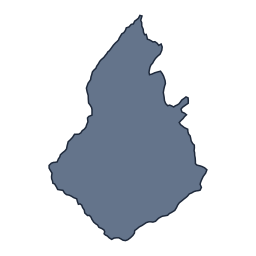 Nova Granada, São Paulo, Brazil (Equal Earth projection)
{"feature_id": "56859067B55961897513084", "entity_name": "Nova Granada", "entity_type": "district", "adm_level": 2, "iso_a3": "BRA", "parent_name": "Brazil", "parent_adm1": "São Paulo", "projection": "equal_earth", "projection_center": [-49.322, -20.455], "detail": "fine", "context": "isolated", "style": "filled", "palette": "slate", "viewbox_px": 256, "rotation_deg": 0, "n_neighbors": 0, "source": "geoboundaries", "source_scale": "gbopen_adm2", "svg_char_len": 2984}
<svg xmlns="http://www.w3.org/2000/svg" viewBox="0 0 256 256"><path d="M191.2,141.0L190.6,137.9L190.1,135.8L188.7,134.3L187.9,131.8L187.7,129.2L186.0,128.4L184.2,127.5L182.2,125.9L180.5,124.6L179.2,122.5L180.8,120.7L183.1,118.5L184.6,116.5L186.5,114.8L184.6,113.2L181.9,112.0L181.0,109.1L182.5,107.3L184.3,106.0L186.4,104.5L188.2,103.3L188.3,100.7L188.1,97.9L186.0,96.9L184.2,98.3L181.8,100.0L180.4,102.0L178.9,103.9L177.1,105.0L175.3,105.8L173.7,107.0L171.6,105.9L169.7,105.1L167.7,105.7L165.7,103.6L164.5,100.7L164.1,97.1L163.3,92.5L163.8,89.4L164.5,86.4L165.4,83.6L165.1,80.7L164.3,78.3L163.6,76.2L162.3,73.7L160.5,71.2L158.5,71.7L155.0,72.7L151.6,74.2L149.5,74.7L149.0,72.3L149.4,69.9L149.9,67.5L150.8,65.2L152.7,63.0L153.8,60.9L155.5,58.4L157.6,56.2L160.1,54.1L161.8,50.2L162.2,47.0L161.1,44.0L158.8,45.4L157.1,43.2L154.9,41.7L152.9,41.9L151.0,40.7L149.1,39.7L147.4,39.2L147.0,37.2L146.2,34.4L144.6,34.7L143.5,32.3L143.2,29.3L141.8,26.1L141.7,22.6L140.7,20.3L142.0,16.0L139.9,15.4L138.4,18.3L136.4,19.9L134.7,21.1L133.4,23.9L131.2,24.4L128.9,27.0L126.3,27.8L125.4,30.4L123.8,32.7L121.8,33.8L120.4,36.2L119.2,38.2L118.5,40.0L116.9,41.7L115.6,42.8L113.4,45.2L110.9,48.7L109.4,50.7L107.8,51.9L106.8,53.7L105.5,55.2L103.9,57.4L101.2,59.7L99.7,61.4L98.4,63.8L96.7,66.2L95.9,68.3L93.7,70.3L92.4,72.0L91.7,74.8L91.0,76.9L90.6,79.7L88.1,83.2L86.4,88.1L87.1,91.7L88.2,95.5L88.3,99.1L88.6,103.0L90.1,105.0L91.6,107.6L92.0,109.7L92.0,115.1L88.7,116.5L87.5,118.0L87.9,121.9L86.7,124.7L85.9,127.2L84.4,129.1L82.2,130.7L80.8,132.9L78.7,134.2L74.5,134.3L72.6,137.3L69.9,140.2L68.2,141.7L67.2,145.5L66.5,149.0L64.8,151.0L62.4,152.9L60.4,154.8L59.7,157.1L58.4,158.9L57.2,161.9L55.2,162.3L53.5,162.4L51.3,163.2L49.1,165.4L49.1,168.1L50.3,170.3L52.0,173.1L51.5,176.8L51.7,178.9L52.5,180.9L52.9,183.3L54.6,183.9L56.4,186.9L57.7,189.5L60.5,190.0L62.9,190.3L64.5,193.0L66.4,194.6L69.3,195.2L71.6,196.3L73.6,197.6L76.7,198.8L77.4,201.5L78.4,204.3L80.1,203.9L81.7,205.1L82.6,207.6L84.2,209.9L84.8,213.0L87.5,215.5L89.4,215.4L91.0,217.2L91.9,219.3L93.7,222.1L95.7,223.8L97.6,225.0L98.9,227.3L101.7,228.5L103.9,229.9L104.7,231.7L104.1,233.8L105.4,235.0L107.4,236.0L109.2,237.8L111.7,239.4L114.0,238.1L116.5,237.8L118.8,237.8L120.5,238.7L123.0,240.2L125.5,240.6L127.7,239.8L130.4,237.8L132.9,235.4L134.4,233.1L134.7,230.5L136.4,229.3L139.4,226.8L141.8,225.6L143.2,224.7L146.3,222.6L148.9,221.8L150.9,221.8L152.9,222.1L155.5,221.3L158.5,218.3L160.9,216.9L162.4,216.2L164.3,215.9L167.6,215.3L169.4,213.5L171.4,212.5L174.8,210.4L176.5,207.6L177.7,205.0L179.3,202.8L181.8,200.8L184.2,198.8L185.8,197.6L187.4,196.2L189.3,193.9L191.7,192.9L193.9,191.6L196.2,190.9L198.5,190.6L200.1,190.2L201.4,187.4L200.1,184.3L200.6,182.3L201.6,179.8L203.2,176.4L205.6,173.2L206.9,169.8L204.6,167.8L202.2,166.6L199.9,165.8L198.1,165.4L196.6,164.9L195.4,163.5L195.4,161.0L195.2,158.1L194.7,155.4L194.6,152.7L194.1,150.6L194.4,147.9L194.3,145.1L192.7,143.6L191.2,141.0Z" fill="#64748b" stroke="#1e293b" stroke-width="1.5"/></svg>